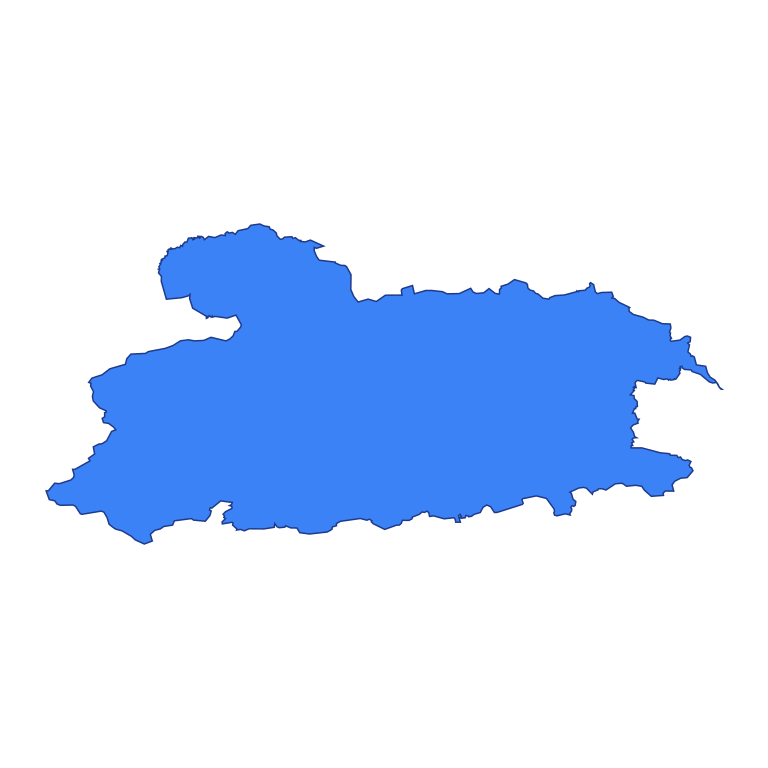 outline of Macroom Lea-6, Cork, Ireland
{"feature_id": "5873133B25756375031462", "entity_name": "Macroom Lea-6", "entity_type": "district", "adm_level": 2, "iso_a3": "IRL", "parent_name": "Ireland", "parent_adm1": "Cork", "projection": "robinson", "projection_center": [-8.909, 51.94], "detail": "fine", "context": "isolated", "style": "filled", "palette": "blue", "viewbox_px": 768, "rotation_deg": 0, "n_neighbors": 0, "source": "geoboundaries", "source_scale": "gbopen_adm2", "svg_char_len": 6102}
<svg xmlns="http://www.w3.org/2000/svg" viewBox="0 0 768 768"><path d="M188.4,238.2L186.9,242.1L185.0,242.0L182.9,244.3L182.5,246.3L180.7,245.4L179.7,247.7L177.3,247.2L175.2,248.6L172.6,248.9L171.0,248.0L170.9,249.4L169.3,248.9L167.9,250.1L168.1,251.4L167.1,251.5L167.9,253.1L167.1,255.7L165.0,256.1L164.9,257.8L161.5,259.4L162.2,260.5L161.0,260.9L161.2,262.7L159.9,263.5L160.5,264.2L158.9,266.7L159.7,268.8L158.5,269.2L159.4,269.8L158.5,272.9L161.4,276.3L161.3,281.4L166.4,299.2L181.7,297.7L188.2,295.9L190.0,294.4L189.6,298.6L192.7,308.2L206.3,316.2L206.4,318.4L207.7,317.8L207.5,316.4L208.7,316.8L209.2,315.6L211.1,317.1L212.2,316.0L212.4,317.1L215.4,316.4L227.2,318.1L236.0,315.1L241.4,324.9L240.6,327.1L237.0,331.4L234.9,331.4L233.1,335.9L229.8,339.0L225.9,340.9L211.0,337.3L203.9,340.4L194.6,340.9L188.6,339.8L180.4,340.8L173.1,345.5L165.2,348.4L148.3,351.6L145.6,353.4L130.9,354.1L126.8,358.7L125.4,364.3L109.9,368.8L102.1,374.8L92.0,378.1L88.7,382.4L91.0,383.3L90.6,386.0L93.5,391.7L92.4,396.5L93.3,401.0L99.5,407.8L106.1,410.8L106.2,412.0L104.6,412.7L104.7,416.8L102.2,418.4L103.5,422.6L108.6,423.4L113.6,427.1L115.8,429.8L111.6,431.4L106.6,440.8L102.1,443.7L98.8,444.1L93.3,446.9L94.6,454.0L88.5,458.3L90.0,460.9L74.8,469.4L72.6,469.3L74.2,475.0L73.6,477.4L70.9,480.0L59.3,483.7L54.7,483.2L48.5,490.6L46.1,490.9L49.3,499.6L54.8,500.8L57.0,504.0L60.4,505.3L73.0,505.0L75.5,506.3L80.3,513.7L81.9,514.3L101.3,511.1L104.0,512.2L107.1,517.6L109.1,524.2L110.6,525.5L115.3,529.0L121.9,530.8L131.4,536.3L135.3,539.9L144.3,544.0L152.3,541.0L150.3,534.3L154.9,530.3L160.4,528.9L163.7,526.5L172.6,525.1L174.4,520.8L191.3,518.6L193.6,520.1L205.3,521.2L209.9,515.6L211.2,510.9L209.5,510.1L210.2,507.8L211.8,508.1L220.8,500.9L232.4,502.5L231.4,504.6L229.5,505.6L231.9,506.4L231.9,508.4L225.5,511.7L223.1,514.2L224.5,516.0L223.8,517.4L225.5,518.6L222.1,521.9L222.3,523.9L232.1,522.3L233.0,522.9L232.6,525.1L236.9,528.9L236.5,530.1L240.4,529.4L244.4,530.8L249.0,528.8L264.0,528.9L274.2,527.3L274.8,523.6L277.1,526.8L279.3,527.7L284.8,527.2L285.5,525.8L290.8,527.9L296.9,528.0L299.8,532.7L309.5,534.0L327.3,532.0L331.9,529.4L332.4,526.9L336.5,525.7L336.4,523.6L340.4,521.3L360.3,518.5L366.9,520.2L369.3,519.2L371.9,520.8L371.3,521.8L373.2,523.7L384.7,529.4L396.4,525.2L399.5,525.0L401.3,523.3L402.4,520.3L409.0,520.4L412.0,518.8L412.3,517.1L419.2,514.4L422.0,512.0L424.5,512.4L427.2,511.1L428.9,513.0L429.5,516.4L433.7,515.9L444.2,518.8L453.9,517.7L455.2,519.2L455.7,522.2L460.4,522.2L458.5,515.8L460.0,514.3L461.3,516.4L460.1,517.1L461.1,518.3L465.1,517.8L466.0,515.4L468.8,516.3L468.0,516.9L471.5,516.3L474.2,514.3L480.3,512.5L483.0,507.3L486.8,505.0L490.6,506.7L494.4,512.5L497.2,512.4L522.3,504.4L523.2,503.3L521.9,499.6L522.7,498.7L536.3,495.9L546.4,498.4L554.1,509.0L554.5,511.5L553.8,512.9L554.6,515.2L557.1,515.8L565.3,513.8L570.2,515.0L569.7,513.7L571.6,510.9L571.7,508.7L570.8,507.2L572.2,505.7L573.8,506.4L575.2,505.3L575.8,501.5L573.0,499.1L571.4,493.4L569.8,492.2L578.8,488.0L583.6,487.4L586.5,488.2L592.4,494.2L593.1,491.8L597.8,490.0L598.3,488.9L601.9,488.7L606.0,490.0L615.3,483.8L620.8,483.3L622.9,483.6L626.4,486.2L635.7,485.3L641.8,486.3L644.3,490.1L651.3,496.3L663.5,495.4L663.1,493.1L665.4,491.0L673.7,491.1L672.1,484.9L674.6,481.3L680.7,478.2L687.2,477.6L693.0,470.7L691.4,467.7L689.8,467.1L689.2,465.0L690.9,461.5L687.7,459.9L685.5,460.6L682.2,459.5L680.5,457.0L678.2,457.6L676.8,455.4L670.2,455.2L669.7,453.7L660.2,452.8L641.9,447.9L631.1,447.9L631.1,445.8L632.7,445.5L631.6,442.9L633.8,441.9L632.1,439.3L633.7,437.9L636.5,437.7L634.7,436.7L633.4,432.2L630.6,427.9L633.1,425.0L638.1,423.1L637.5,421.9L639.1,419.2L637.2,419.1L634.8,413.1L632.5,413.2L634.4,408.7L635.7,408.6L635.7,407.1L637.4,406.5L637.1,401.4L634.2,398.5L634.0,395.6L630.3,394.8L634.3,390.5L633.2,390.0L634.6,388.2L633.4,387.5L634.3,386.5L636.1,387.4L635.1,383.0L636.0,381.4L637.3,380.4L644.7,381.9L645.8,383.1L654.8,384.1L657.9,377.9L663.5,379.5L667.2,378.9L668.7,380.2L669.9,379.2L670.8,380.1L674.1,379.6L674.5,378.7L675.8,379.2L679.9,373.4L679.4,371.2L680.5,369.9L679.5,368.8L680.6,368.3L679.9,367.0L681.8,366.2L682.2,367.7L684.4,369.4L691.0,369.9L692.1,371.5L700.4,374.4L709.3,381.9L712.6,383.0L716.6,382.5L719.4,387.5L721.1,389.2L721.9,389.2L719.5,387.5L717.8,384.0L714.9,380.1L710.2,377.2L707.4,372.7L705.7,366.3L696.4,364.9L694.3,357.0L692.4,355.8L691.1,356.3L690.4,354.1L687.9,351.9L689.5,344.8L687.6,343.0L690.2,341.7L690.6,337.3L687.4,336.0L684.9,336.5L679.9,340.1L671.0,341.3L670.3,340.4L670.6,338.4L671.4,338.4L670.1,335.6L670.5,333.0L669.5,332.1L670.9,328.0L670.3,324.0L662.3,323.7L653.9,320.2L648.7,320.0L642.9,317.1L633.4,314.5L629.2,311.4L628.9,308.2L629.7,307.5L619.1,302.4L614.7,298.5L611.9,298.0L613.3,296.4L611.7,292.2L601.6,292.5L597.5,293.6L595.4,292.0L593.6,284.6L590.5,282.6L589.6,283.7L590.1,285.6L589.4,287.1L586.7,288.3L585.4,290.2L578.7,290.8L578.4,291.7L576.9,290.9L576.9,291.6L564.3,295.0L555.1,295.6L549.9,297.6L548.9,299.1L542.9,298.2L537.9,293.9L535.5,293.3L533.5,290.9L529.9,290.0L527.8,287.8L527.4,284.3L525.9,282.9L514.4,279.6L508.0,284.1L501.1,286.3L501.3,287.9L499.6,289.5L499.4,294.1L495.2,293.4L489.0,288.6L483.7,292.8L476.5,293.5L473.0,292.0L470.7,288.3L459.2,293.6L447.0,293.8L442.6,291.7L431.8,290.5L425.7,290.5L414.4,293.8L412.5,285.5L402.3,288.7L401.3,290.2L402.0,295.1L385.4,295.2L376.3,301.5L368.1,299.1L358.1,302.0L353.9,296.7L350.8,289.5L351.0,274.7L346.6,266.7L344.8,265.5L340.7,265.3L335.2,262.9L335.3,262.1L319.2,260.2L316.5,256.4L314.2,250.7L314.3,247.4L316.4,248.3L323.6,246.1L310.4,240.1L305.3,241.9L300.5,241.5L300.9,240.5L298.5,240.2L295.4,237.7L292.9,238.4L291.9,236.7L284.4,237.2L282.7,238.9L280.3,239.3L276.8,235.7L276.4,233.1L273.2,230.1L270.0,229.0L269.3,226.8L263.8,225.9L259.9,224.0L250.8,225.3L247.8,228.6L238.1,230.7L235.3,234.3L232.4,232.4L229.2,233.1L227.2,231.8L225.1,233.6L225.4,235.5L221.0,235.0L214.9,237.6L208.6,236.4L204.4,239.7L203.3,237.4L201.2,236.4L199.5,238.2L198.9,237.5L200.0,236.5L197.9,236.2L196.9,238.0L194.0,237.6L193.5,238.2L194.3,239.3L192.8,239.8L191.9,237.8L188.4,238.2Z" fill="#3b82f6" stroke="#1e3a8a" stroke-width="1.5"/></svg>